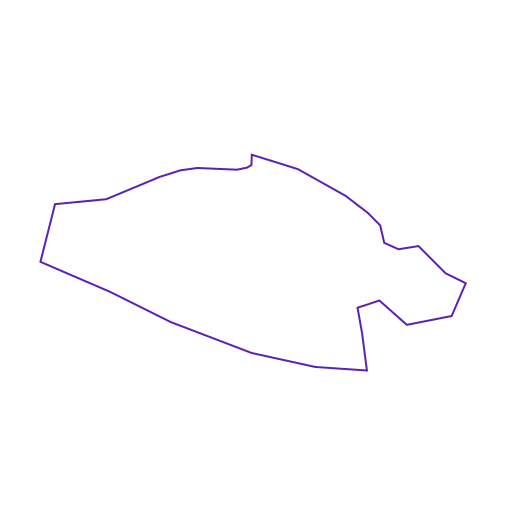 the border of Baldones, rotated 190°
{"feature_id": "LVA-5757", "entity_name": "Baldones", "entity_type": "Municipality", "adm_level": 1, "iso_a3": "LVA", "parent_name": "Latvia", "parent_adm1": "", "projection": "equal_earth", "projection_center": [24.338, 56.724], "detail": "fine", "context": "isolated", "style": "outline", "palette": "violet", "viewbox_px": 512, "rotation_deg": 190, "n_neighbors": 0, "source": "natural_earth", "source_scale": "10m", "svg_char_len": 533}
<svg xmlns="http://www.w3.org/2000/svg" viewBox="0 0 512 512"><g transform="rotate(190 256 256)"><path d="M467.3,212.8L462.9,272.2L413.4,285.9L364.6,317.2L345.2,327.3L329.0,332.5L289.7,337.7L280.2,341.5L276.3,344.7L277.7,355.0L254.2,352.0L229.8,348.8L178.0,330.7L153.1,317.7L139.0,307.7L132.0,291.2L116.8,287.4L97.7,294.0L66.3,271.9L44.7,265.6L52.9,230.9L95.5,214.4L126.8,233.6L147.0,222.7L138.0,198.0L126.9,162.5L178.4,157.0L243.3,159.7L328.4,176.1L393.3,195.3L467.3,212.8Z" fill="none" stroke="#5b21b6" stroke-width="2"/></g></svg>